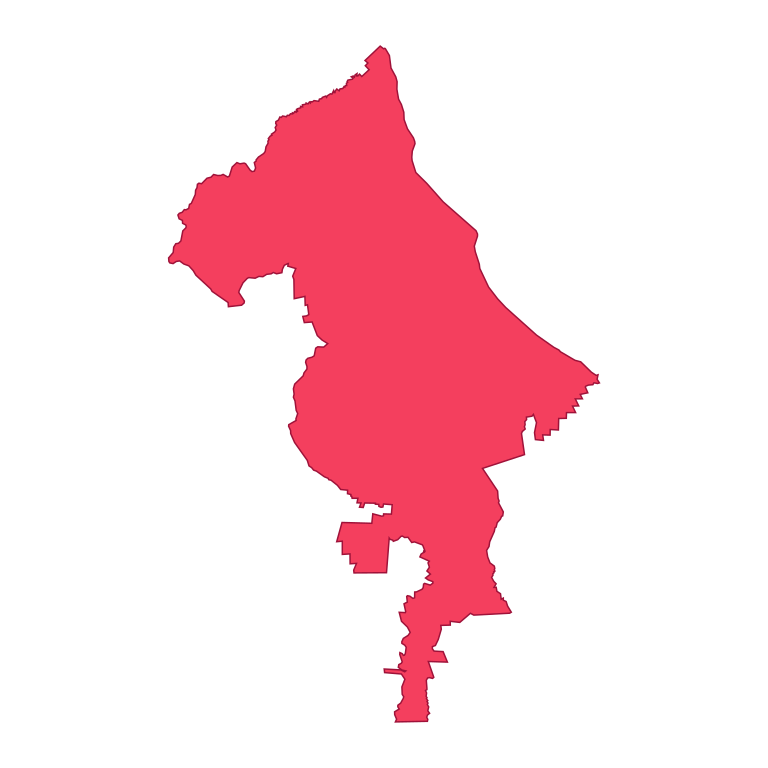 the district of Tatahuicapan de Juárez, Veracruz, Mexico
{"feature_id": "50627088B86735774155910", "entity_name": "Tatahuicapan de Juárez", "entity_type": "district", "adm_level": 2, "iso_a3": "MEX", "parent_name": "Mexico", "parent_adm1": "Veracruz", "projection": "mercator", "projection_center": [-94.788, 18.349], "detail": "fine", "context": "isolated", "style": "filled", "palette": "rose", "viewbox_px": 768, "rotation_deg": 0, "n_neighbors": 0, "source": "geoboundaries", "source_scale": "gbopen_adm2", "svg_char_len": 6082}
<svg xmlns="http://www.w3.org/2000/svg" viewBox="0 0 768 768"><path d="M212.1,291.4L228.1,302.5L228.4,306.7L241.6,305.2L244.1,303.0L244.4,301.1L238.8,292.5L239.2,290.5L243.0,282.8L247.1,278.5L248.7,277.6L255.2,278.2L258.9,276.4L262.9,276.7L266.7,274.3L271.2,273.8L273.3,272.5L276.6,273.8L281.9,272.7L282.4,269.3L284.3,265.3L287.7,263.6L288.3,263.5L287.8,266.2L295.8,268.5L292.7,276.2L293.9,279.5L294.2,298.7L304.9,296.4L305.2,305.4L307.5,304.8L308.8,314.6L306.5,315.9L302.8,316.4L304.3,322.6L312.1,322.0L317.3,335.6L322.0,340.0L327.7,343.6L323.7,347.1L317.7,346.8L315.7,348.2L314.2,355.8L312.0,357.2L307.8,358.3L306.1,360.0L305.6,362.3L307.0,366.6L306.9,369.1L304.0,372.9L303.2,375.8L294.7,384.1L293.4,388.8L294.1,394.1L293.4,397.2L295.0,400.9L296.2,410.4L297.7,413.5L295.9,418.9L296.1,420.5L288.8,424.6L288.6,426.2L290.6,430.6L290.7,433.6L294.6,442.5L307.3,460.4L309.0,465.9L311.6,467.6L313.6,470.1L316.4,471.1L324.4,476.8L328.1,478.3L328.8,479.7L331.0,480.2L337.4,485.3L340.7,489.5L347.6,490.2L347.5,493.7L350.9,494.5L350.8,496.0L351.7,496.4L352.1,498.3L357.9,498.3L357.0,502.8L361.0,503.0L359.5,507.2L363.2,507.5L364.7,503.0L375.5,503.2L375.4,504.2L378.8,504.4L378.9,506.4L381.0,507.3L382.9,507.0L383.5,504.0L392.2,504.7L391.4,514.1L383.6,513.9L383.5,515.8L381.8,516.2L372.8,513.8L371.8,523.3L342.0,522.5L336.7,541.7L342.3,541.2L342.3,554.4L350.0,553.9L350.1,563.8L356.5,563.4L353.7,570.1L354.0,572.9L386.5,572.7L389.2,538.1L390.0,539.3L392.8,540.2L393.3,541.3L397.7,539.7L401.1,536.3L402.5,536.1L404.6,537.5L408.0,537.3L411.7,542.5L414.5,541.9L422.3,544.8L422.9,545.7L425.0,551.2L424.5,552.0L423.7,551.3L423.5,552.5L421.1,554.1L419.9,556.9L429.3,561.2L428.0,562.9L429.4,567.2L426.9,571.0L430.4,574.1L425.5,578.0L428.2,579.9L432.8,581.6L432.9,583.1L430.3,585.1L424.6,583.4L423.6,584.1L423.2,587.6L422.0,589.3L416.5,591.9L414.7,592.0L414.6,597.8L412.9,598.4L409.9,596.2L407.5,595.7L406.7,596.4L407.3,602.1L404.0,603.8L405.7,611.7L405.3,612.6L399.2,612.3L401.5,621.3L407.4,627.0L410.2,632.4L408.1,635.4L403.3,638.4L401.8,641.8L401.9,643.4L404.8,645.2L406.2,647.3L405.3,653.6L404.4,655.2L403.4,655.4L402.3,653.7L399.9,652.6L399.8,654.6L402.2,661.8L401.3,663.3L398.8,664.6L398.3,667.3L401.9,670.0L405.8,670.9L404.7,671.8L400.7,669.9L384.2,669.0L384.6,672.6L401.4,674.0L404.9,679.2L401.9,686.9L402.2,694.3L403.7,696.7L403.3,698.3L400.7,703.1L397.9,705.2L397.8,706.8L399.2,709.0L394.6,711.8L394.7,714.7L396.6,719.2L395.4,721.9L427.4,721.3L427.8,719.4L426.7,717.2L427.5,715.0L429.6,713.3L427.8,710.8L428.7,706.9L427.3,704.5L428.0,703.1L427.0,701.5L427.8,700.6L426.4,698.7L427.0,697.7L426.1,696.3L426.6,693.0L425.5,690.5L426.9,689.6L426.9,688.1L426.3,680.3L427.6,678.0L429.3,677.6L432.6,678.4L433.8,677.3L428.3,661.5L447.4,662.1L443.1,651.6L434.1,651.1L432.4,648.9L432.4,646.6L435.4,645.5L438.3,639.4L441.3,629.2L440.8,625.4L450.3,625.1L450.2,621.3L459.8,622.4L470.4,613.3L473.8,615.1L509.7,613.2L511.3,612.2L507.6,606.1L506.1,601.5L503.3,600.2L503.3,598.1L501.2,599.2L500.5,593.7L496.9,591.3L496.2,587.3L494.0,587.4L496.1,583.8L493.8,581.4L491.6,577.4L493.0,575.2L492.8,573.8L494.0,572.7L493.7,571.8L494.9,571.1L494.3,569.7L494.8,568.5L494.3,566.1L490.0,562.9L487.7,557.0L486.6,550.4L489.0,546.5L489.7,541.8L494.3,531.4L495.0,527.8L496.1,527.1L497.2,522.7L500.4,519.1L501.6,516.3L502.7,515.9L503.3,511.9L498.5,502.8L499.1,501.0L498.1,498.4L497.6,491.0L482.5,468.4L524.5,454.6L521.5,433.5L522.3,431.5L525.2,429.0L524.4,426.8L525.1,424.7L524.8,421.6L526.6,419.6L526.4,417.1L532.0,416.2L533.4,414.4L536.5,422.6L534.5,432.6L535.4,439.6L543.5,440.4L542.7,434.9L550.1,435.1L550.2,429.5L558.4,430.0L558.7,418.5L566.3,418.3L566.5,412.6L575.6,412.6L572.5,406.1L578.7,405.9L575.3,398.9L582.4,398.8L580.2,394.4L587.8,392.8L585.3,387.0L585.9,386.1L588.4,385.1L592.7,384.7L592.5,385.2L594.0,382.8L597.5,383.5L599.4,382.9L597.1,379.3L598.0,374.8L596.2,375.4L591.4,372.2L580.7,361.8L575.0,360.3L560.5,351.8L558.9,350.0L553.8,347.3L536.5,335.1L505.7,307.5L497.6,298.8L488.6,287.1L479.8,268.5L479.3,264.2L475.3,251.8L474.3,246.2L477.5,236.1L477.5,234.0L476.0,230.7L443.1,201.8L426.8,183.4L415.8,172.5L412.1,160.6L411.8,157.2L412.3,151.1L415.0,143.7L414.7,141.4L413.4,137.8L407.5,128.9L404.1,119.6L403.8,112.2L401.4,104.5L398.6,99.2L397.6,93.5L396.9,89.2L397.1,81.7L395.8,76.9L391.0,68.0L389.4,55.5L385.5,48.9L384.8,48.3L383.6,48.8L380.2,46.1L365.0,60.5L367.9,63.0L365.3,65.7L369.1,69.7L361.8,76.5L359.5,74.1L357.9,75.9L356.7,75.9L357.0,73.6L355.1,74.9L354.4,77.1L353.2,76.0L351.3,76.8L353.1,78.1L352.4,79.2L347.9,80.1L347.1,81.6L347.6,82.3L346.4,83.3L346.7,85.5L345.3,85.6L344.8,87.1L344.0,86.6L342.8,88.5L340.0,88.9L339.1,90.8L336.8,89.0L335.1,91.2L335.0,92.6L334.0,92.6L333.6,90.7L331.9,94.1L330.4,93.8L327.0,96.0L326.6,97.3L325.6,96.1L322.3,97.4L321.7,98.6L319.4,99.1L318.7,101.3L314.0,100.6L312.5,101.8L310.8,101.7L310.4,103.0L309.4,102.0L308.0,103.9L306.1,103.0L305.8,104.2L302.4,104.8L302.6,106.8L300.6,106.4L300.6,107.8L297.3,108.8L296.8,109.3L297.6,111.2L297.0,111.6L296.3,110.6L296.0,112.2L294.7,111.6L293.5,113.4L292.4,112.8L292.2,113.9L290.4,113.8L289.3,115.4L287.3,115.3L286.4,116.7L282.6,116.0L281.2,117.4L279.9,117.0L278.4,120.1L275.9,121.6L275.7,123.5L276.7,125.1L275.2,127.5L276.0,130.0L274.8,131.9L271.4,134.2L271.9,135.3L270.2,136.1L268.3,138.6L268.9,139.6L267.9,141.2L268.1,143.2L266.0,146.8L265.2,151.5L263.7,153.5L258.5,157.0L256.1,159.9L256.2,161.0L254.3,162.5L255.6,168.0L254.4,171.1L252.0,171.6L250.0,170.0L245.6,163.7L244.1,163.1L239.9,163.8L236.9,162.6L232.2,167.0L229.4,176.0L227.7,177.0L223.1,174.4L220.9,175.4L217.7,175.5L213.6,174.5L211.0,177.2L207.0,178.2L201.6,183.7L198.9,183.2L197.4,184.3L197.0,187.7L195.6,190.2L195.3,194.5L191.3,203.4L189.5,204.4L188.7,208.4L186.0,209.8L184.3,209.6L182.2,212.3L179.3,213.3L177.9,215.0L179.1,218.8L182.4,220.4L182.6,223.3L185.8,225.0L186.2,226.3L185.9,227.8L182.8,230.9L180.9,240.9L178.5,243.3L175.8,243.7L173.7,247.1L173.2,252.5L168.6,257.9L168.9,261.5L169.8,262.9L173.1,263.6L176.2,261.5L179.6,260.9L183.8,264.0L188.8,265.8L193.2,270.6L195.9,275.2L210.7,288.9L212.1,291.4Z" fill="#f43f5e" stroke="#9f1239" stroke-width="1.5"/></svg>